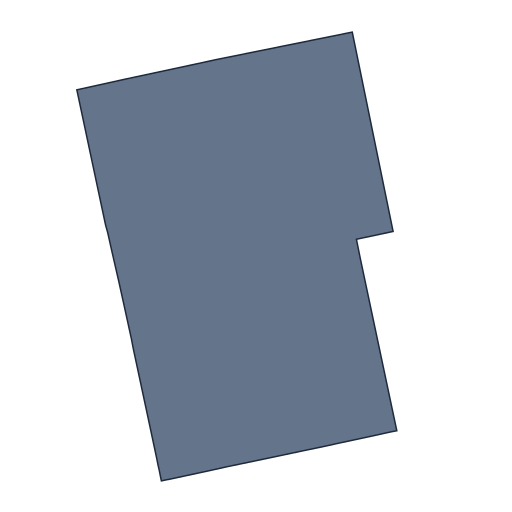 Laramie, Wyoming, United States of America (Equal Earth projection), rotated 78°
{"feature_id": "52423323B58782875527199", "entity_name": "Laramie", "entity_type": "district", "adm_level": 2, "iso_a3": "USA", "parent_name": "United States of America", "parent_adm1": "Wyoming", "projection": "equal_earth", "projection_center": [-104.384, 41.327], "detail": "fine", "context": "isolated", "style": "filled", "palette": "slate", "viewbox_px": 512, "rotation_deg": 78, "n_neighbors": 0, "source": "geoboundaries", "source_scale": "gbopen_adm2", "svg_char_len": 750}
<svg xmlns="http://www.w3.org/2000/svg" viewBox="0 0 512 512"><g transform="rotate(78 256 256)"><path d="M57.0,115.3L55.6,254.2L55.7,275.9L55.8,346.0L56.2,396.7L62.9,396.7L63.4,396.7L165.3,396.7L194.1,396.7L202.5,396.2L221.0,396.0L252.7,395.5L277.7,395.3L311.2,395.1L320.8,395.3L403.5,395.2L404.6,395.2L433.3,395.2L439.5,395.3L445.6,395.2L451.8,395.3L456.3,395.3L456.3,388.7L456.4,388.2L456.3,357.5L456.3,357.2L456.3,350.9L456.3,346.9L456.1,328.6L456.3,278.1L456.3,276.9L456.3,260.6L456.3,258.5L456.4,258.4L456.3,254.4L456.4,227.7L456.4,221.5L456.3,217.1L456.2,175.3L456.2,172.5L456.1,165.4L456.1,164.5L456.1,159.6L456.2,154.6L430.5,154.6L280.2,154.5L260.5,154.3L260.5,116.8L57.0,115.3Z" fill="#64748b" stroke="#1e293b" stroke-width="1.5"/></g></svg>